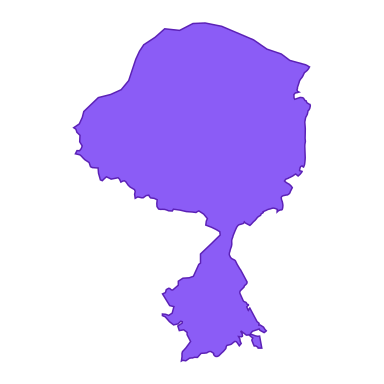 Atiwa West, Eastern, Ghana (orthographic projection)
{"feature_id": "2480657B65169023596143", "entity_name": "Atiwa West", "entity_type": "district", "adm_level": 2, "iso_a3": "GHA", "parent_name": "Ghana", "parent_adm1": "Eastern", "projection": "orthographic", "projection_center": [-0.601, 6.209], "detail": "fine", "context": "isolated", "style": "filled", "palette": "violet", "viewbox_px": 384, "rotation_deg": 0, "n_neighbors": 0, "source": "geoboundaries", "source_scale": "gbopen_adm2", "svg_char_len": 6032}
<svg xmlns="http://www.w3.org/2000/svg" viewBox="0 0 384 384"><path d="M309.4,66.9L307.3,65.6L305.7,64.8L289.8,60.4L281.3,54.0L266.9,49.1L253.6,39.9L221.7,26.3L205.2,23.0L193.0,23.5L179.6,30.4L164.7,28.8L155.1,37.3L143.8,44.7L139.5,51.2L135.8,59.2L128.7,80.6L121.2,89.7L110.6,94.5L98.3,97.6L83.8,111.5L82.3,117.4L79.3,123.9L73.7,127.7L75.9,129.2L76.9,132.3L80.0,135.3L79.7,141.8L82.2,145.9L81.3,148.5L79.6,150.7L77.0,150.6L75.4,153.8L79.8,154.8L81.4,156.1L82.8,157.7L84.8,159.7L89.1,162.5L90.5,166.7L92.3,167.6L98.1,168.0L98.5,173.2L100.4,179.9L102.3,180.7L104.1,178.9L106.4,176.8L109.8,178.4L111.1,179.1L115.4,178.3L118.0,177.7L119.5,179.1L120.9,182.1L122.7,181.1L124.5,180.8L126.0,182.0L128.2,185.2L130.2,187.1L134.5,189.6L135.2,191.5L134.6,194.2L135.2,198.3L137.7,196.9L141.8,197.8L143.3,197.7L146.1,195.6L148.8,195.2L149.5,196.6L150.6,197.9L154.3,198.4L157.2,199.8L156.8,203.5L157.0,206.6L158.6,209.0L160.5,209.4L162.3,209.3L164.7,209.4L166.7,210.0L168.6,210.8L172.3,211.0L173.4,209.2L180.0,210.1L186.4,211.6L192.3,212.0L196.0,212.5L197.0,211.8L198.8,210.9L200.8,212.2L203.7,214.1L207.4,218.6L206.3,221.1L205.8,225.1L211.6,227.3L215.9,229.4L219.8,231.7L220.2,235.0L211.1,243.9L200.5,254.0L200.5,263.1L198.8,264.4L193.4,276.3L189.2,277.8L182.9,278.2L178.3,281.2L178.3,284.5L178.2,285.3L172.7,290.0L171.9,290.0L171.1,289.7L169.8,288.5L169.4,288.4L168.6,288.3L166.3,289.6L165.4,292.6L162.5,293.9L169.7,305.6L173.9,306.6L172.2,313.1L168.7,315.4L165.7,314.3L162.4,314.0L162.4,315.6L165.2,316.8L169.5,321.7L173.6,324.9L178.0,323.9L180.8,321.2L182.3,321.7L182.2,323.1L177.8,326.0L179.3,330.6L183.7,329.8L187.1,332.4L187.1,334.7L190.6,341.5L185.9,347.9L182.5,351.6L182.0,353.4L182.0,356.8L181.4,361.0L182.7,360.3L185.8,360.8L189.5,358.2L191.7,357.9L192.3,358.0L194.5,357.3L197.5,357.4L201.0,353.4L202.8,353.2L204.0,353.2L206.7,352.9L208.9,351.6L210.9,351.5L213.7,353.4L213.6,354.1L213.7,354.6L213.9,354.9L214.3,355.4L214.8,355.9L215.4,356.3L216.1,356.5L217.5,356.4L218.3,356.0L218.9,355.7L221.6,353.0L223.4,351.4L225.8,348.6L226.3,346.3L227.1,345.3L227.8,345.2L229.3,344.8L229.9,344.7L230.5,344.5L231.0,344.3L231.7,343.9L232.1,343.5L232.6,343.1L234.8,341.4L236.4,341.7L237.7,343.4L237.8,343.7L238.1,343.9L238.8,345.0L239.0,345.4L239.3,345.8L241.2,343.5L240.6,342.2L240.1,340.9L240.0,339.7L239.8,338.8L238.5,336.5L241.4,336.8L242.4,336.3L242.5,335.7L242.3,334.7L242.2,333.8L241.8,333.0L241.4,332.4L240.9,331.7L241.0,331.4L241.3,331.2L246.3,335.1L248.5,335.0L249.0,334.7L250.6,336.4L252.8,338.0L251.9,339.8L251.8,340.1L252.2,341.3L252.3,341.5L253.2,343.8L254.2,346.0L255.7,345.9L257.8,347.2L258.1,348.1L261.8,348.1L259.6,336.1L257.8,336.3L255.3,335.8L252.2,334.6L250.4,334.5L250.6,333.6L252.4,331.3L259.2,329.0L259.9,330.3L264.1,332.6L265.9,331.3L266.3,330.8L265.0,329.5L263.5,327.1L260.2,325.0L259.6,325.1L259.1,325.2L258.8,325.1L259.0,323.8L259.1,323.4L258.7,322.9L257.1,321.7L249.8,308.0L249.2,308.8L248.9,309.4L248.6,310.0L248.4,310.4L247.8,309.7L247.8,309.3L247.5,308.6L247.3,308.1L247.0,307.5L246.8,306.9L246.8,306.7L247.8,305.7L248.4,305.4L248.4,304.7L248.2,304.5L247.3,304.3L247.0,304.1L246.4,302.9L246.1,302.5L245.6,302.2L245.0,302.0L244.3,301.7L243.4,301.1L239.9,293.3L239.8,292.8L239.8,291.9L240.3,290.8L242.6,288.5L243.9,287.2L244.1,286.9L244.2,286.2L244.5,285.7L246.0,284.4L246.8,283.5L247.1,282.0L240.6,269.9L239.7,268.7L237.1,264.3L235.4,260.8L234.9,260.3L234.5,260.0L233.9,259.7L231.7,258.6L231.1,258.0L230.4,257.2L230.0,256.3L229.6,255.5L229.3,254.8L229.3,253.9L229.4,252.9L229.6,252.2L229.9,251.5L230.0,250.8L230.5,249.0L231.3,246.8L231.5,246.1L231.8,244.2L231.7,241.4L231.7,240.5L231.9,239.5L232.3,238.3L232.5,237.7L232.7,237.3L232.9,236.6L233.0,235.9L235.2,230.5L236.6,227.4L237.1,226.6L237.7,225.8L238.3,225.2L239.1,224.7L241.0,224.2L242.9,223.6L243.4,223.4L243.9,222.8L244.1,222.3L244.3,221.9L245.2,222.9L249.9,225.4L251.0,224.4L253.5,221.7L255.0,220.4L256.2,219.0L256.9,218.1L257.4,217.4L257.9,217.0L258.4,216.7L258.8,216.4L259.2,216.1L260.5,215.4L261.0,214.4L261.2,213.7L262.7,213.0L263.2,212.5L263.0,212.2L263.0,211.8L263.5,211.6L264.2,211.2L266.5,210.2L267.6,209.6L268.9,209.2L270.3,208.9L271.4,208.5L272.5,208.2L273.4,208.1L274.5,208.3L275.6,208.6L277.5,209.5L277.1,210.9L277.1,212.0L278.1,211.0L278.8,210.6L279.5,210.3L280.2,210.0L281.5,209.9L282.1,209.6L282.4,209.0L282.7,207.7L282.8,206.7L282.9,205.2L282.7,203.8L282.4,202.1L282.2,201.4L281.7,200.2L281.5,199.5L281.4,198.8L281.3,198.2L281.2,197.7L281.4,197.2L281.7,196.6L282.2,196.2L282.7,195.9L283.5,195.6L284.2,195.5L285.1,195.3L285.8,195.1L287.5,194.9L288.6,194.2L289.2,193.7L289.8,193.0L290.1,192.3L290.4,191.3L290.8,190.7L291.1,190.0L291.7,188.8L292.0,188.3L292.2,187.9L292.3,187.7L291.5,186.5L291.0,185.9L290.5,185.4L290.0,185.0L289.6,184.5L288.8,184.0L287.9,183.5L286.5,182.7L285.9,182.2L285.3,181.8L284.5,181.0L285.8,179.2L286.5,178.9L287.4,178.6L288.2,178.3L288.9,177.8L289.8,177.5L291.7,176.5L292.7,176.0L293.4,175.5L294.1,175.0L295.2,174.3L295.7,174.0L298.1,176.0L298.9,175.3L299.6,174.7L300.3,174.0L300.9,173.2L301.3,172.8L301.7,172.2L302.0,171.7L302.1,171.4L299.7,170.7L299.5,170.3L299.9,168.7L300.0,167.9L300.4,167.1L300.8,166.5L301.3,166.2L301.8,166.0L302.3,166.0L302.9,166.7L303.2,166.9L303.4,167.1L303.6,167.0L303.7,166.8L304.1,165.8L304.4,165.0L304.6,164.3L304.9,162.0L305.1,159.8L305.2,157.6L304.8,146.3L304.9,144.3L305.4,141.4L305.1,138.3L305.2,134.2L305.3,129.0L305.2,127.4L304.8,122.0L305.1,120.4L305.5,118.1L305.8,117.1L306.1,116.6L306.4,116.1L307.3,114.3L307.6,113.0L307.9,111.5L308.0,110.9L308.9,110.0L309.7,108.6L310.2,106.5L310.3,105.5L310.0,104.5L309.8,104.5L307.1,102.9L306.6,102.1L306.1,100.8L305.0,100.5L303.7,98.5L303.6,98.3L302.7,97.7L302.0,97.6L300.2,97.4L299.1,97.8L294.7,99.3L294.0,97.8L293.9,94.5L295.5,92.8L296.6,92.8L298.3,92.3L299.0,92.1L297.5,91.3L297.0,89.8L297.0,89.6L297.4,88.8L297.5,87.2L298.3,84.9L298.8,83.3L299.2,82.1L299.5,80.9L300.6,79.1L302.0,77.4L302.9,75.9L303.3,75.0L304.4,72.7L305.8,71.6L307.2,70.4L308.4,68.9L309.1,67.7L309.0,67.2L309.4,66.9Z" fill="#8b5cf6" stroke="#5b21b6" stroke-width="1.5"/></svg>